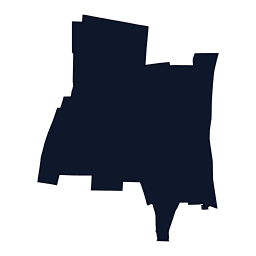 Vanatori, Galati, Romania
{"feature_id": "2599482B17748522296456", "entity_name": "Vanatori", "entity_type": "district", "adm_level": 2, "iso_a3": "ROU", "parent_name": "Romania", "parent_adm1": "Galati", "projection": "equal_earth", "projection_center": [28.001, 45.514], "detail": "fine", "context": "isolated", "style": "filled", "palette": "ink", "viewbox_px": 256, "rotation_deg": 0, "n_neighbors": 0, "source": "geoboundaries", "source_scale": "gbopen_adm2", "svg_char_len": 2863}
<svg xmlns="http://www.w3.org/2000/svg" viewBox="0 0 256 256"><path d="M217.8,53.8L211.7,53.8L201.1,53.9L195.2,54.0L193.5,58.9L193.5,59.4L193.5,60.4L193.7,66.0L174.5,65.8L169.4,66.1L168.9,62.8L168.0,62.9L161.6,63.5L156.7,64.1L153.9,64.5L146.3,65.5L144.6,66.2L145.1,60.3L145.4,54.6L146.0,47.0L146.4,42.8L147.1,35.0L147.5,30.7L147.7,28.3L147.8,26.9L147.0,26.8L146.5,26.7L145.2,26.5L139.0,25.5L135.4,24.9L135.2,24.8L133.5,24.5L129.5,23.7L117.8,21.6L110.3,20.3L91.2,16.8L86.8,15.9L83.2,15.4L82.8,22.5L72.7,22.1L72.7,26.0L72.7,32.9L72.7,50.3L72.9,52.6L74.0,52.6L73.5,80.4L73.6,82.6L73.9,84.9L73.9,85.7L73.9,86.6L73.3,88.0L73.0,89.5L72.6,90.8L72.1,92.3L72.0,93.8L71.5,96.1L71.1,97.2L64.2,97.3L63.3,100.8L62.0,105.1L60.8,108.6L57.7,108.5L54.9,116.9L53.3,121.3L52.4,123.5L50.8,127.6L49.5,130.7L48.4,133.6L47.8,135.5L47.3,136.9L46.3,139.8L45.3,143.1L45.2,143.3L43.6,149.6L42.6,153.4L41.7,156.9L41.5,157.9L41.3,159.2L41.3,159.9L40.1,168.8L38.7,177.8L38.2,181.5L41.4,182.0L44.2,182.4L44.4,182.4L45.0,182.5L45.8,182.6L46.0,182.7L46.3,182.7L48.2,183.0L49.7,183.2L51.6,183.5L52.8,183.7L53.5,183.9L54.1,184.0L56.4,184.5L56.8,182.8L59.0,174.1L72.8,174.7L84.2,174.8L88.4,174.8L92.5,174.8L92.2,180.7L91.8,187.3L91.6,189.7L101.2,189.8L105.3,189.9L108.6,189.9L121.8,190.1L122.3,181.1L128.5,181.2L135.1,181.4L139.5,181.5L140.2,181.5L141.2,183.3L142.9,188.0L143.6,190.3L143.8,191.0L144.3,192.3L146.1,198.7L146.5,199.6L146.7,200.9L147.1,202.5L147.3,203.4L147.5,204.0L147.8,204.4L147.9,204.6L148.0,204.7L148.8,204.3L149.6,203.9L150.3,203.6L150.8,203.4L151.6,203.4L151.9,203.4L152.0,203.4L152.3,203.4L152.5,203.5L152.9,203.9L153.2,204.2L153.5,205.0L153.6,205.3L153.7,206.0L155.1,210.6L155.7,212.4L155.8,213.2L156.1,214.8L156.2,215.7L156.2,216.2L156.2,216.6L156.3,217.3L156.3,218.3L156.3,219.4L156.3,221.0L156.4,221.8L156.3,222.8L156.4,223.7L156.3,224.6L156.4,225.0L156.5,225.6L156.6,227.2L156.6,230.0L156.6,231.0L156.3,231.4L156.5,231.7L156.8,232.1L156.9,232.4L157.1,232.8L157.2,233.3L157.3,234.4L157.6,236.1L157.6,236.8L157.9,237.3L158.0,238.0L158.0,239.1L157.6,240.3L163.7,240.5L168.2,240.6L167.7,239.7L167.5,238.8L168.3,238.7L168.0,232.7L168.2,230.6L169.9,225.6L170.9,222.5L172.7,217.3L173.3,214.9L173.9,213.5L174.2,212.7L174.3,212.3L174.5,211.7L174.7,211.1L175.4,209.6L176.4,208.1L177.1,206.6L177.7,205.3L179.4,201.8L181.8,201.9L182.8,201.9L188.8,201.8L188.8,204.1L199.6,203.8L199.6,203.4L203.7,203.1L203.9,205.5L202.1,205.6L202.3,208.8L203.6,209.0L204.7,208.9L207.5,208.7L207.1,208.1L207.0,207.9L207.1,207.5L207.5,207.0L208.0,206.5L208.9,205.8L210.0,205.3L216.4,207.7L216.6,207.7L212.9,183.3L212.3,178.9L212.0,161.2L210.1,148.0L209.8,146.5L209.5,143.8L209.1,140.6L208.9,138.6L209.1,130.2L210.4,120.9L210.8,118.0L211.1,101.3L211.6,92.5L212.0,87.7L212.1,85.1L212.8,78.2L213.2,73.6L214.1,68.4L216.2,59.6L216.8,57.4L217.8,53.8Z" fill="#0f172a" stroke="#020617" stroke-width="1.5"/></svg>